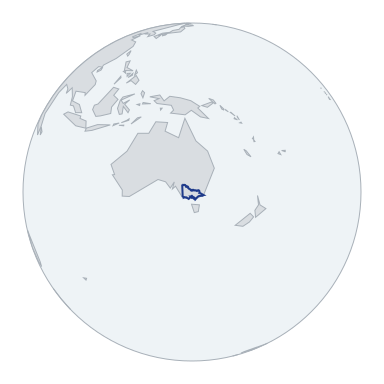 globe centered on Victoria
{"feature_id": "AUS-2656", "entity_name": "Victoria", "entity_type": "State", "adm_level": 1, "iso_a3": "AUS", "parent_name": "Australia", "parent_adm1": "", "projection": "orthographic", "projection_center": [144.983, -36.566], "detail": "fine", "context": "on_globe", "style": "outline", "palette": "blue", "viewbox_px": 384, "rotation_deg": 0, "n_neighbors": 0, "source": "natural_earth", "source_scale": "10m", "svg_char_len": 8200}
<svg xmlns="http://www.w3.org/2000/svg" viewBox="0 0 384 384"><circle cx="192" cy="192" r="169" fill="#eef3f6" stroke="#a8b0b8"/><path d="M285.2,150.3L285.2,151.6L284.9,151.6L285.2,150.3ZM250.6,350.5L252.0,349.8L248.4,350.9L250.5,350.1L251.7,349.5L250.6,349.6L258.4,346.6L264.6,344.4L264.8,344.5L267.5,343.1L250.6,350.5ZM329.5,99.4L328.1,96.6L330.2,99.5L329.5,99.4ZM326.3,94.1L327.0,95.2L326.3,94.1L326.3,94.1ZM325.2,92.8L326.0,93.8L325.2,93.0L325.2,92.8ZM323.8,91.5L324.5,92.1L323.8,91.5ZM321.3,88.6L320.6,87.8L321.1,88.1L321.3,88.6ZM244.2,351.6L257.1,347.0L250.4,349.6L248.8,350.7L240.9,353.1L244.2,351.6ZM238.1,354.5L234.4,355.6L232.6,356.0L234.8,355.4L238.1,354.5ZM216.6,24.8L213.8,24.5L212.4,24.3L216.6,24.8ZM184.2,23.2L185.5,23.2L178.3,24.8L153.0,31.4L155.8,33.1L154.1,34.8L147.8,36.6L150.0,34.0L145.9,34.0L148.2,32.5L138.7,35.2L141.4,33.3L132.7,36.7L133.0,37.7L140.4,35.7L131.6,40.0L135.7,41.9L133.1,46.4L116.3,58.4L103.6,65.0L102.2,67.1L98.7,66.6L91.7,72.6L96.2,80.9L95.2,84.6L85.0,95.3L85.2,92.6L76.0,91.2L72.5,100.9L79.4,104.5L81.7,112.7L75.6,112.6L73.5,105.9L70.3,105.1L72.4,96.8L72.2,87.8L66.2,93.4L67.9,89.0L66.7,84.4L58.7,92.7L45.1,113.4L41.2,126.0L37.5,135.0L38.0,123.8L42.0,114.2L41.0,116.1L46.8,105.7L53.2,95.6L60.4,86.1L68.2,77.1L76.6,68.6L85.6,60.8L95.1,53.6L105.1,47.1L115.5,41.3L126.3,36.3L137.5,32.1L148.9,28.6L160.5,26.0L172.3,24.2L184.2,23.2ZM53.2,288.4L54.6,290.3L60.9,298.5L69.6,308.5L70.7,309.6L61.5,299.3L53.2,288.4ZM83.6,277.8L86.6,278.3L86.0,280.1L83.6,277.8ZM29.5,235.3L40.2,261.8L41.6,266.6L38.7,261.9L32.5,247.6L29.8,238.5L27.6,230.2L29.5,235.3ZM118.9,125.3L123.8,125.1L123.7,125.8L118.9,125.3ZM113.8,124.0L119.2,123.0L113.0,125.7L113.8,124.0ZM121.3,122.7L126.8,120.3L129.1,118.8L128.8,120.3L121.3,122.7ZM110.3,124.9L91.9,130.4L85.0,131.2L86.4,128.1L97.6,124.6L110.3,124.9ZM85.8,128.2L75.7,125.8L63.7,114.2L68.0,111.9L80.8,116.0L80.0,118.4L86.1,121.0L85.8,128.2ZM111.6,107.0L110.7,113.5L100.4,115.9L95.8,116.4L92.6,109.6L94.4,105.2L98.0,104.0L113.6,87.3L118.8,89.0L113.7,95.3L118.0,99.4L111.6,107.0ZM41.3,126.7L42.0,131.8L40.2,135.0L41.3,126.7ZM121.0,77.7L114.0,84.2L120.8,76.2L121.0,77.7ZM125.7,70.9L125.6,73.2L123.4,71.4L125.7,70.9ZM101.0,70.1L97.1,72.0L97.5,70.5L102.8,67.2L101.0,70.1ZM131.1,50.6L129.1,54.5L127.7,56.1L126.8,54.1L131.1,50.6ZM250.2,213.3L253.6,216.9L249.4,222.0L242.9,226.3L235.2,225.3L250.2,213.3ZM194.3,212.6L191.5,204.2L199.4,204.8L198.3,211.6L194.3,212.6ZM254.9,210.3L258.5,204.9L257.5,195.5L260.0,204.9L265.9,208.6L255.6,217.3L254.9,210.3ZM158.0,179.5L129.3,196.5L122.2,196.1L122.3,190.0L112.4,174.8L114.6,174.6L111.0,164.4L127.0,151.2L137.9,133.3L148.8,133.3L155.8,121.8L167.6,122.5L165.1,131.2L178.6,137.7L184.9,118.3L195.9,140.9L207.6,151.1L214.3,168.2L203.7,194.8L195.1,199.3L192.1,195.9L188.8,198.6L181.9,196.5L175.5,186.2L172.4,189.0L174.3,181.9L170.3,188.1L165.6,181.8L158.0,179.5ZM243.8,149.3L246.2,150.8L251.0,156.8L247.0,154.5L243.8,149.3ZM279.1,151.7L280.8,154.6L278.0,153.6L279.1,151.7ZM284.9,151.6L281.6,150.5L285.2,150.3L284.9,151.6ZM253.5,139.5L255.0,141.5L254.0,141.7L253.5,139.5ZM252.4,138.7L253.5,136.9L253.7,139.2L252.4,138.7ZM239.7,122.8L241.0,122.1L241.7,123.2L239.7,122.8ZM131.0,124.0L137.5,117.8L141.3,116.9L131.0,124.0ZM237.5,119.9L234.1,118.7L234.4,117.7L237.5,119.9ZM237.5,117.4L236.9,115.7L239.4,120.0L237.5,117.4ZM230.8,112.2L235.1,116.0L230.3,112.4L230.8,112.2ZM228.4,111.9L225.5,110.0L225.6,109.6L228.4,111.9ZM197.8,108.0L208.5,118.5L200.5,116.9L191.3,110.3L185.1,114.8L170.6,113.1L173.6,110.1L171.3,105.3L157.0,103.5L154.1,100.7L159.0,98.6L149.8,96.8L159.8,95.0L164.1,100.9L169.8,96.3L180.3,97.8L190.8,100.7L199.8,106.4L197.8,108.0ZM160.3,108.2L162.1,108.2L160.6,110.1L160.3,108.2ZM219.9,105.3L224.1,109.3L223.7,110.0L221.7,109.0L219.9,105.3ZM201.8,105.6L211.2,102.1L213.6,102.7L207.4,107.3L201.8,105.6ZM208.7,98.4L213.3,100.0L215.9,103.3L215.0,103.9L208.7,98.4ZM139.9,103.8L139.6,105.5L137.1,104.5L139.9,103.8ZM143.1,102.5L150.8,103.7L142.5,104.0L143.1,102.5ZM121.1,100.1L123.2,103.4L129.7,99.9L124.7,104.2L129.4,109.9L128.0,112.7L123.3,106.4L122.1,113.9L119.3,114.4L117.5,108.4L120.2,100.5L123.0,97.0L134.9,93.9L121.1,100.1ZM142.9,97.8L141.0,93.7L142.5,90.7L144.6,92.7L142.9,97.8ZM135.6,84.4L131.0,80.6L126.3,83.1L136.2,75.5L139.0,80.3L135.6,84.4ZM132.4,75.3L128.0,77.5L132.9,73.3L132.4,75.3ZM127.1,76.3L127.1,73.4L130.4,73.2L127.1,76.3ZM134.6,75.1L136.3,70.1L137.5,72.7L134.6,75.1ZM127.0,67.5L133.1,70.8L124.4,70.5L126.1,61.9L130.1,60.9L127.0,67.5ZM162.5,35.8L162.8,34.4L166.9,33.9L165.6,35.0L162.5,35.8ZM180.6,31.9L168.1,33.3L158.1,35.3L160.2,35.7L156.2,38.5L154.1,36.5L162.5,33.2L169.8,32.3L172.7,30.5L179.1,29.3L180.6,27.6L184.0,26.9L184.9,28.4L180.6,31.9ZM180.9,26.9L185.8,24.7L192.7,25.1L193.2,25.7L188.1,26.4L184.7,26.1L180.9,26.9ZM188.6,23.1L191.4,23.6L188.5,23.5L187.2,23.9L189.0,24.4L185.8,24.3L186.2,23.1L186.3,23.1L188.6,23.1Z" fill="#d9dde1" stroke="#a8b0b8" stroke-width="1"/><path d="M203.7,195.1L203.2,195.2L203.2,195.3L202.9,195.6L202.7,195.7L202.5,195.8L202.1,195.8L201.9,195.8L201.7,195.8L200.9,195.8L200.7,195.9L200.4,195.8L199.7,195.8L199.3,195.9L198.8,196.1L198.4,196.3L198.0,196.5L197.6,196.9L196.8,197.7L196.6,198.0L196.4,198.2L196.3,198.3L196.3,198.2L195.9,198.3L195.7,198.3L195.4,198.3L195.2,198.3L194.9,198.3L194.8,198.5L194.9,198.8L195.0,198.8L195.3,198.8L195.3,198.7L195.4,198.8L195.4,199.0L195.3,199.3L195.3,199.5L195.2,199.6L195.1,199.4L194.9,199.2L194.8,198.8L194.5,198.7L194.4,198.7L194.3,198.9L194.2,198.9L194.1,198.7L193.8,198.2L193.9,198.3L194.0,198.3L194.0,198.2L193.9,198.2L193.7,198.1L193.4,198.2L193.2,197.9L192.9,197.8L193.0,197.8L193.0,197.7L193.1,197.4L193.2,197.5L193.3,197.4L193.2,197.2L193.3,197.1L193.1,196.9L192.8,196.9L192.8,197.0L192.7,196.9L192.7,197.0L192.6,197.3L192.4,197.4L192.3,197.5L192.2,197.5L191.9,197.7L191.4,197.3L191.3,197.2L191.5,197.3L191.8,197.3L192.0,197.2L192.3,196.7L192.3,196.4L192.2,196.3L192.1,196.2L192.0,195.9L191.9,195.8L191.7,195.9L191.6,196.1L191.4,196.1L191.3,196.3L191.0,196.4L190.9,196.5L190.6,196.5L190.9,196.8L191.1,196.7L191.4,196.7L191.4,196.9L191.2,197.0L190.9,197.1L190.7,197.1L190.3,197.4L190.2,197.4L190.2,197.5L189.9,197.7L189.7,197.8L189.6,198.0L189.4,198.3L189.1,198.4L189.0,198.6L188.9,198.6L188.7,198.8L188.5,198.6L188.3,198.5L188.0,198.5L187.9,198.4L187.7,198.2L187.3,198.1L187.0,198.0L186.9,197.9L186.6,197.7L186.3,197.5L186.3,197.4L186.2,197.4L186.2,197.5L186.0,197.4L185.8,197.4L185.7,197.5L185.3,197.4L185.0,197.2L184.9,197.2L184.5,197.1L184.3,197.2L184.3,197.3L184.2,197.4L184.3,197.5L184.2,197.5L183.9,197.5L183.7,197.6L183.7,197.4L183.7,197.2L183.3,196.9L183.1,196.8L182.7,196.6L182.2,184.6L182.3,184.8L182.6,184.8L182.9,184.8L183.0,184.9L183.1,185.0L183.4,185.1L183.5,185.1L183.8,185.1L184.1,184.9L184.3,184.9L184.5,184.9L184.8,184.9L185.0,185.0L185.3,185.1L185.4,185.3L185.5,185.5L185.7,185.8L185.7,186.1L185.9,186.3L186.0,186.5L186.1,186.8L186.3,186.8L186.3,186.7L186.5,186.7L186.5,186.3L186.7,186.2L186.8,186.3L186.9,186.5L187.0,186.4L187.1,186.5L187.3,186.5L187.5,186.5L187.8,186.7L187.9,186.8L188.0,186.8L188.1,187.0L188.0,187.3L188.1,187.7L188.2,188.0L188.3,188.0L188.5,188.1L188.7,188.3L188.8,188.6L189.0,188.6L189.4,188.8L189.6,188.9L189.6,189.0L189.8,189.1L190.1,189.4L190.3,189.6L190.5,189.7L190.7,190.1L190.8,190.2L191.1,190.5L191.3,190.6L191.6,190.7L191.8,190.6L192.0,190.6L191.9,190.3L192.0,190.2L192.1,189.9L192.3,189.9L192.6,189.9L192.8,190.0L193.2,189.8L193.3,189.8L193.8,190.2L193.9,190.3L194.0,190.3L194.2,190.2L194.3,190.2L194.3,190.3L194.6,190.4L194.8,190.5L195.0,190.5L195.3,190.5L195.5,190.3L195.9,190.3L196.1,190.5L196.3,190.6L196.5,190.6L196.8,190.6L196.9,190.9L196.9,191.0L197.1,191.1L197.3,191.0L197.2,191.0L197.0,190.9L197.0,190.7L197.5,190.5L197.7,190.4L197.8,190.3L198.0,190.3L198.5,190.2L198.9,190.4L199.0,190.5L199.2,190.8L199.3,190.9L199.3,191.0L199.2,191.1L199.3,191.2L199.3,191.5L199.5,191.8L199.5,192.1L199.6,192.3L199.4,192.8L199.6,192.8L203.7,195.1ZM193.1,197.2L193.2,197.3L192.9,197.5L192.7,197.4L192.7,197.2L192.9,197.2L193.1,197.2ZM192.8,197.7L192.9,197.8L192.6,197.8L192.4,197.8L192.5,197.6L192.8,197.6L192.7,197.6L192.8,197.7L192.8,197.7ZM195.7,198.5L195.9,198.5L195.7,198.5L195.4,198.5L195.6,198.5L195.7,198.5Z" fill="none" stroke="#1e3a8a" stroke-width="2"/></svg>